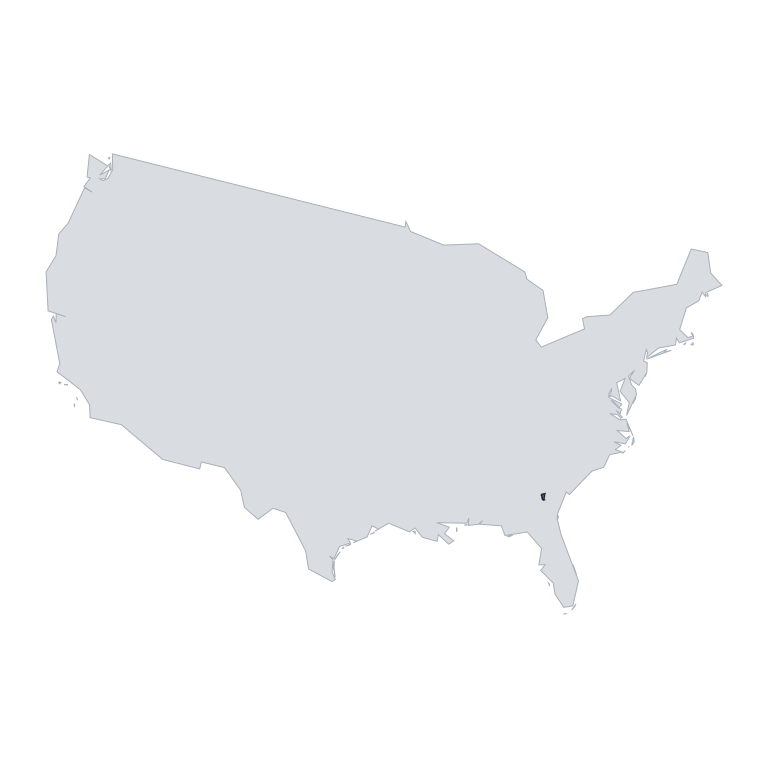 Montgomery, Georgia, United States of America (highlighted)
{"feature_id": "52423323B10770912620871", "entity_name": "Montgomery", "entity_type": "district", "adm_level": 2, "iso_a3": "USA", "parent_name": "United States of America", "parent_adm1": "Georgia", "projection": "albers", "projection_center": [-82.582, 32.151], "detail": "fine", "context": "in_parent", "style": "filled", "palette": "slate", "viewbox_px": 768, "rotation_deg": 0, "n_neighbors": 0, "source": "geoboundaries", "source_scale": "gbopen_adm2", "svg_char_len": 4168}
<svg xmlns="http://www.w3.org/2000/svg" viewBox="0 0 768 768"><path d="M633.2,292.4L676.8,284.3L691.2,249.0L707.8,252.6L710.7,273.0L721.9,285.4L705.8,292.6L705.4,296.5L702.1,292.1L698.8,300.8L686.4,307.9L679.6,329.6L687.9,337.6L692.8,336.0L691.1,332.3L692.9,333.9L693.7,338.2L679.5,342.8L676.4,338.3L675.5,344.9L658.8,348.0L646.7,357.4L647.7,352.5L646.3,349.6L643.6,361.1L647.3,362.8L646.8,372.5L638.9,385.4L629.4,378.4L634.4,370.3L628.5,376.1L631.4,384.5L635.5,389.2L636.5,394.7L626.6,415.4L629.3,402.6L620.1,391.3L625.1,378.4L616.7,382.7L620.6,401.0L612.1,395.9L609.3,396.6L611.6,390.6L611.4,388.9L608.8,393.6L608.8,397.5L621.8,404.0L619.1,407.5L613.2,401.3L611.0,400.3L618.4,407.7L621.6,409.1L620.0,413.9L615.9,410.4L622.3,417.2L620.9,418.3L617.8,414.8L609.9,413.5L619.9,419.8L626.0,419.2L633.1,436.0L627.0,423.2L629.1,431.6L617.3,430.5L626.1,438.5L630.2,435.8L625.3,443.9L614.0,441.8L621.0,445.4L615.2,449.6L622.3,452.1L609.8,454.6L603.6,467.3L591.8,471.2L569.4,494.5L566.3,492.0L557.8,513.0L557.1,518.2L560.9,534.1L578.5,580.9L572.8,605.8L563.8,607.4L555.0,594.2L553.3,583.1L540.7,570.4L545.1,564.7L538.9,564.9L541.6,548.5L527.3,532.0L505.0,535.5L501.3,525.8L479.6,524.2L482.5,520.7L478.5,524.2L468.5,525.4L468.8,518.1L466.9,523.2L436.8,522.7L449.3,527.2L444.5,533.7L453.8,540.9L448.6,544.1L438.4,534.6L437.1,541.3L422.5,537.3L415.0,528.0L409.6,531.9L388.6,523.2L375.0,531.2L378.5,529.0L372.0,525.8L367.2,536.9L353.1,542.8L356.4,540.9L347.9,538.6L350.4,542.9L339.6,546.5L333.9,558.7L329.6,556.0L333.1,560.0L332.1,571.8L335.3,579.5L331.9,581.5L308.5,569.0L305.7,551.0L285.7,512.5L273.0,508.3L258.1,519.3L244.4,507.3L240.7,490.3L224.5,467.6L201.4,462.0L199.7,468.9L162.7,459.5L121.4,424.7L90.1,417.7L89.6,404.8L80.3,389.6L57.0,371.8L59.8,363.7L51.4,319.7L53.4,316.2L56.0,322.6L56.2,313.7L65.7,316.6L48.1,310.9L46.1,271.9L56.0,255.6L58.8,234.0L68.2,223.1L84.5,187.9L92.2,192.1L83.9,186.7L90.2,178.0L87.1,176.9L89.4,154.5L107.8,165.9L99.9,175.0L109.2,169.9L105.3,178.6L99.7,178.9L103.0,180.7L108.0,178.4L112.7,169.8L112.4,153.9L405.1,227.1L405.9,221.5L410.6,231.5L443.7,245.1L478.6,243.8L524.9,272.0L526.7,279.0L543.0,290.4L547.8,317.7L535.8,339.9L541.3,347.1L584.5,328.9L582.6,318.7L586.4,316.8L610.0,315.0L633.2,292.4ZM664.2,352.2L671.4,350.3L646.3,359.2L666.8,349.3L664.2,352.2ZM110.7,163.0L111.3,169.7L110.7,170.5L108.7,164.8L110.7,163.0ZM335.2,577.4L333.3,566.7L334.4,560.8L334.0,567.1L335.2,577.4ZM707.7,293.1L707.9,296.3L706.7,295.8L707.7,293.1ZM415.0,531.1L415.4,533.6L413.1,531.4L415.0,531.1ZM64.0,384.6L67.4,384.4L67.5,384.9L64.0,384.6ZM61.1,382.6L59.3,383.8L58.8,382.0L61.1,382.6ZM686.2,342.5L684.4,344.8L683.8,344.3L686.2,342.5ZM337.0,555.7L334.5,560.1L340.2,551.7L337.0,555.7ZM573.3,565.4L576.6,574.7L572.7,564.6L573.3,565.4ZM76.9,397.5L77.5,400.3L76.7,397.6L76.9,397.5ZM574.3,607.1L571.5,610.1L576.0,603.9L574.3,607.1ZM634.3,441.8L631.7,445.6L633.5,436.8L634.3,441.8ZM109.8,157.4L109.2,159.0L108.4,157.8L109.8,157.4ZM350.3,544.8L345.3,546.3L350.5,544.1L350.3,544.8ZM693.1,342.7L693.2,345.0L691.1,344.7L693.1,342.7ZM74.6,404.1L74.7,407.3L74.1,404.3L74.6,404.1ZM343.9,547.9L341.8,548.8L343.7,547.2L343.9,547.9ZM635.6,398.6L632.9,403.6L635.9,396.7L635.6,398.6ZM373.4,533.1L370.1,534.5L374.8,531.9L373.4,533.1ZM558.4,515.5L557.8,519.4L557.5,516.7L558.4,515.5ZM623.4,452.7L622.4,453.5L625.3,450.4L623.4,452.7ZM513.0,534.9L509.2,536.8L507.7,536.3L513.0,534.9ZM467.1,524.7L466.4,525.3L464.3,525.0L467.1,524.7ZM549.1,583.5L549.7,586.2L548.5,583.0L549.1,583.5ZM457.2,529.5L456.5,532.0L456.6,527.5L457.2,529.5ZM565.6,613.8L563.5,614.1L566.5,613.3L565.6,613.8ZM646.3,374.2L645.0,376.7L646.5,373.2L646.3,374.2ZM629.5,446.5L628.2,447.4L629.5,446.5Z" fill="#d9dde1" stroke="#a8b0b8" stroke-width="1"/><path d="M541.6,494.6L541.8,494.6L541.7,494.8L541.9,495.1L541.7,495.5L541.9,495.6L541.9,495.8L542.0,496.1L541.9,496.2L542.0,496.6L542.2,496.8L542.2,497.0L542.0,497.5L542.2,497.9L542.1,498.0L542.2,498.4L542.3,498.6L542.3,498.8L542.4,499.1L543.1,499.6L543.2,499.9L543.1,500.0L543.3,499.9L543.5,500.0L543.8,500.1L544.0,500.0L543.7,499.9L543.9,499.8L544.5,495.9L544.5,494.7L544.9,493.7L541.7,494.4L541.6,494.6Z" fill="#64748b" stroke="#1e293b" stroke-width="1.5"/></svg>